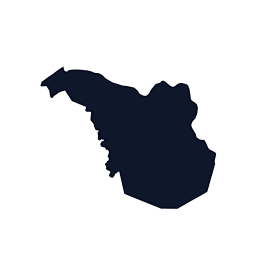 Nebaj, Quiché, Guatemala, rotated 292°
{"feature_id": "79465075B6718623285372", "entity_name": "Nebaj", "entity_type": "district", "adm_level": 2, "iso_a3": "GTM", "parent_name": "Guatemala", "parent_adm1": "Quiché", "projection": "mercator", "projection_center": [-91.192, 15.606], "detail": "fine", "context": "isolated", "style": "filled", "palette": "ink", "viewbox_px": 256, "rotation_deg": 292, "n_neighbors": 0, "source": "geoboundaries", "source_scale": "gbopen_adm2", "svg_char_len": 5751}
<svg xmlns="http://www.w3.org/2000/svg" viewBox="0 0 256 256"><g transform="rotate(292 128 128)"><path d="M127.2,221.5L128.3,220.6L130.1,219.9L131.6,219.7L132.5,219.5L136.3,218.9L136.9,218.5L137.1,218.2L137.5,216.7L138.0,211.1L139.2,209.2L142.2,206.1L143.1,205.2L143.8,204.3L144.5,203.4L144.7,202.9L144.0,201.5L143.9,201.2L143.6,199.6L143.7,197.3L144.3,195.2L144.6,194.5L145.5,193.8L146.5,193.2L147.6,192.2L149.0,190.2L150.5,188.4L151.4,187.1L152.4,186.1L153.4,185.3L154.6,184.7L156.6,184.5L158.7,184.8L162.1,186.0L165.5,186.1L167.2,186.0L168.4,185.7L169.6,185.4L171.2,185.0L172.4,184.6L173.4,183.9L174.4,183.2L174.8,182.8L175.2,182.3L175.9,180.4L176.6,176.8L176.9,176.3L177.3,175.7L177.8,175.1L178.7,174.4L181.4,173.0L183.2,171.8L186.2,170.1L186.9,169.6L187.5,169.0L189.0,167.7L189.3,167.3L189.5,166.8L189.7,165.7L189.5,163.3L188.9,160.5L187.9,158.9L186.1,157.6L184.1,156.5L182.3,154.8L182.1,154.2L182.2,151.4L183.1,148.3L184.4,144.4L184.4,143.4L184.2,142.8L183.9,142.5L183.5,142.1L181.6,141.4L179.6,139.0L179.2,138.4L178.0,137.5L174.3,136.5L173.1,136.0L170.9,135.5L167.8,135.3L165.0,134.0L164.2,133.3L163.4,131.9L163.0,130.2L163.3,126.1L163.9,124.9L164.7,124.0L165.6,122.4L166.6,119.9L166.9,118.6L166.9,117.6L166.6,115.8L165.8,111.6L165.5,110.5L165.2,109.2L164.5,107.3L164.2,101.5L163.8,97.8L163.8,95.9L164.2,93.3L164.4,92.3L164.5,91.0L165.0,88.4L165.5,87.1L166.3,85.3L166.7,84.0L166.9,82.8L167.1,81.1L166.9,79.7L166.3,77.9L165.9,75.9L165.9,71.8L165.5,69.8L165.5,69.0L164.6,66.3L164.2,64.5L163.6,62.6L163.1,61.2L162.5,59.3L161.5,56.9L160.6,54.9L160.0,53.8L158.5,51.6L158.2,51.4L156.4,50.8L156.5,47.8L156.8,46.9L159.0,45.4L159.5,45.0L154.6,41.7L153.3,40.9L149.0,38.3L145.8,36.1L142.5,34.0L141.4,33.4L138.6,31.6L138.3,31.5L137.9,31.4L134.9,31.7L134.9,32.1L135.6,33.4L136.9,36.1L137.0,36.4L137.0,36.8L137.0,37.0L133.8,41.4L131.4,42.9L129.9,43.8L128.6,44.6L128.1,45.1L128.0,45.4L128.0,45.9L130.9,47.1L131.4,47.4L133.0,48.6L134.8,49.6L136.4,51.0L137.6,52.2L140.2,55.7L137.6,59.0L136.5,60.8L134.0,64.2L132.7,66.1L132.6,81.0L132.4,81.4L132.1,81.8L131.8,82.1L131.4,82.3L129.3,82.3L129.0,82.4L128.6,82.7L128.4,82.9L128.4,83.2L128.5,83.8L128.6,84.3L129.6,86.3L129.7,86.9L129.6,87.9L129.4,88.2L129.2,88.5L128.8,88.7L124.7,89.9L123.8,90.2L121.8,90.8L121.1,92.0L120.6,92.9L120.4,93.4L120.2,93.7L120.1,94.1L120.1,94.3L120.0,94.6L119.7,94.7L119.4,94.9L119.2,95.0L118.9,95.4L118.7,95.8L118.3,96.4L118.1,96.6L117.7,96.6L117.2,96.5L116.9,96.5L116.7,96.8L116.7,97.2L116.7,97.4L116.5,97.6L116.1,97.9L115.5,98.2L115.2,98.4L115.0,98.7L114.9,99.2L115.0,99.5L115.3,99.9L115.3,100.2L115.2,100.5L115.1,100.9L115.2,101.1L115.5,101.4L115.8,101.5L116.0,101.6L116.1,101.9L115.9,102.2L115.4,102.4L114.7,102.5L114.1,102.7L113.8,102.7L113.4,102.9L113.1,102.8L112.8,102.6L112.6,102.5L112.1,102.4L111.9,102.5L111.7,102.6L111.4,102.8L111.4,103.0L111.6,103.3L111.6,103.6L111.6,103.8L111.4,104.1L111.1,104.1L110.9,103.9L110.4,103.7L110.1,103.6L109.7,103.9L109.7,104.4L109.7,104.7L109.5,104.9L109.2,104.7L108.8,104.2L108.5,104.1L108.0,104.3L107.5,104.7L107.3,104.7L106.9,104.8L106.7,105.0L106.5,105.6L106.6,106.0L106.8,106.3L107.0,106.5L107.3,106.7L107.6,106.7L108.0,106.8L108.3,106.9L108.5,107.0L108.7,107.3L108.7,107.5L108.6,107.9L108.5,108.1L108.4,108.4L108.6,108.8L108.6,109.0L108.7,109.3L108.8,109.8L108.8,110.1L108.9,110.5L109.1,110.6L109.3,110.9L109.5,111.2L109.5,111.4L109.3,111.6L109.0,111.9L108.8,112.0L108.6,112.0L108.3,112.0L108.0,111.8L107.6,111.4L107.3,111.1L106.9,110.9L106.7,110.7L106.4,110.5L106.1,110.4L105.8,110.2L105.7,110.0L105.5,109.6L105.3,109.4L105.1,109.2L104.6,109.3L104.3,109.4L104.0,109.4L103.7,109.2L103.2,109.0L102.9,109.0L102.7,109.2L101.6,110.3L101.5,110.7L101.5,111.0L101.7,112.3L101.7,112.5L101.8,112.9L102.1,113.2L102.5,113.8L102.2,114.0L101.8,114.5L101.6,114.8L101.1,115.4L100.7,115.7L100.6,115.9L100.4,116.2L100.4,116.4L100.7,116.7L101.1,116.8L101.6,116.9L101.9,117.0L101.8,117.5L101.7,117.8L101.5,118.0L101.0,118.1L100.7,118.1L100.4,118.4L100.3,118.6L100.1,118.8L100.0,119.0L99.8,119.2L99.6,119.4L99.2,119.6L99.0,119.8L98.8,120.0L98.4,120.2L98.1,120.2L97.8,120.3L97.7,120.5L97.5,120.8L97.2,120.9L96.7,120.6L96.5,120.4L96.2,120.3L95.9,120.4L95.7,120.6L95.3,120.7L95.0,120.6L94.8,120.5L94.4,120.4L94.2,120.5L94.1,120.8L94.1,121.2L94.1,121.4L93.9,121.7L93.7,121.9L93.4,122.0L93.1,122.3L92.9,122.4L92.6,122.6L92.3,122.5L92.0,122.5L91.7,122.7L91.5,122.8L91.2,123.0L90.9,122.9L90.6,122.8L90.3,122.7L90.0,122.5L89.7,122.4L89.4,122.2L89.1,121.8L88.8,121.8L88.4,121.8L88.0,121.8L87.7,121.7L87.1,121.3L86.9,121.1L86.6,121.0L86.3,121.0L85.9,121.0L85.6,121.3L85.6,121.7L85.6,121.9L85.6,122.1L85.6,122.4L85.4,122.6L84.8,122.6L84.4,122.7L84.2,123.0L84.2,123.4L84.2,123.7L84.0,124.0L83.8,124.0L83.6,123.9L83.3,123.6L83.1,123.4L82.8,123.2L82.6,123.3L82.4,123.7L82.2,124.0L82.0,124.4L81.9,124.8L81.9,125.0L81.9,125.3L81.9,125.7L81.9,127.7L81.8,128.0L81.7,128.3L81.5,128.5L81.2,128.6L80.9,128.6L80.6,128.8L80.3,129.0L80.1,129.1L79.8,129.2L79.6,129.1L79.2,129.0L79.0,128.9L78.8,128.8L78.4,128.7L78.1,129.0L77.8,129.1L77.6,129.1L77.3,129.0L77.1,128.9L76.9,129.2L76.8,129.6L76.7,130.3L76.6,130.9L76.6,131.4L76.7,131.8L77.1,132.0L78.2,132.4L78.6,132.5L78.9,132.5L79.1,132.6L79.4,132.6L79.7,132.5L80.1,132.5L80.3,132.4L80.7,132.4L81.1,132.6L81.5,132.9L81.7,133.1L81.9,133.1L82.2,133.2L82.3,133.4L82.4,133.7L82.7,133.8L83.3,134.2L83.5,134.3L84.0,134.4L84.3,134.5L85.2,136.3L85.2,136.7L85.1,136.8L84.6,137.1L84.2,137.2L83.7,137.5L83.0,138.1L82.3,138.5L70.5,146.7L66.4,149.6L66.3,157.1L66.4,188.8L66.6,189.6L67.0,190.3L67.3,191.0L67.7,192.0L68.7,194.7L68.9,195.3L70.6,199.5L71.0,200.5L72.2,203.6L77.8,208.0L83.3,212.3L93.3,220.4L98.8,224.6L102.7,224.2L104.3,224.1L105.5,223.9L114.4,222.9L115.6,222.8L127.2,221.5Z" fill="#0f172a" stroke="#020617" stroke-width="1.5"/></g></svg>